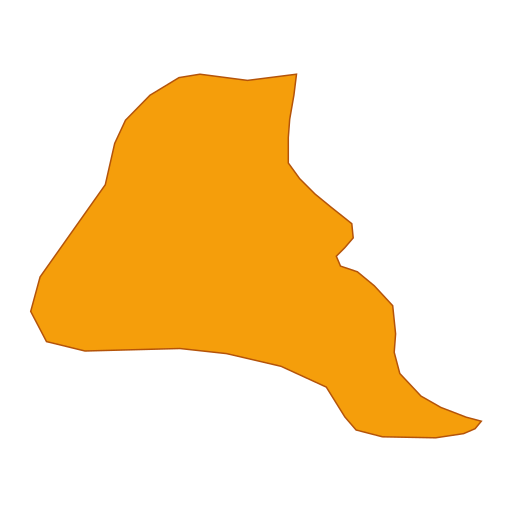 an SVG outline of South West
{"feature_id": "SGP-4872", "entity_name": "South West", "entity_type": "state/province", "adm_level": 1, "iso_a3": "SGP", "parent_name": "Singapore", "parent_adm1": "", "projection": "albers", "projection_center": [103.764, 1.348], "detail": "fine", "context": "isolated", "style": "filled", "palette": "amber", "viewbox_px": 512, "rotation_deg": 0, "n_neighbors": 0, "source": "natural_earth", "source_scale": "10m", "svg_char_len": 662}
<svg xmlns="http://www.w3.org/2000/svg" viewBox="0 0 512 512"><path d="M481.3,421.2L475.1,428.7L463.7,433.6L435.7,437.8L382.4,436.8L356.1,430.0L344.9,417.0L326.3,387.1L281.0,366.3L226.5,353.6L179.8,348.5L85.0,351.0L46.5,341.6L30.7,311.4L40.1,276.9L105.3,184.7L114.7,143.4L125.5,120.2L150.0,95.2L179.0,77.6L199.9,74.2L247.5,80.4L296.5,74.2L293.9,95.2L289.7,119.2L288.3,137.6L288.3,163.0L299.6,178.6L315.1,194.1L330.6,206.8L351.8,223.7L353.2,237.9L344.7,247.8L336.3,256.2L340.5,266.1L357.4,271.8L374.4,285.9L392.7,305.7L395.6,333.9L394.2,352.3L399.8,373.5L421.0,396.1L440.8,407.4L466.2,417.2L481.3,421.2Z" fill="#f59e0b" stroke="#b45309" stroke-width="1.5"/></svg>